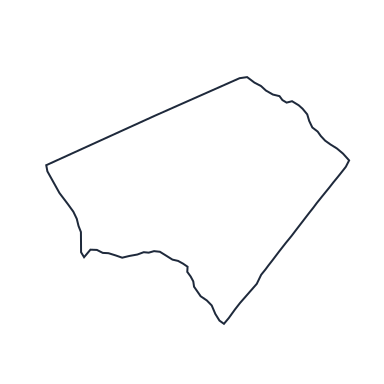 outline of Carrasco Bonito, Tocantins, Brazil, rotated 281°
{"feature_id": "56859067B48669193450299", "entity_name": "Carrasco Bonito", "entity_type": "district", "adm_level": 2, "iso_a3": "BRA", "parent_name": "Brazil", "parent_adm1": "Tocantins", "projection": "albers", "projection_center": [-48.022, -5.331], "detail": "fine", "context": "isolated", "style": "outline", "palette": "slate", "viewbox_px": 384, "rotation_deg": 281, "n_neighbors": 0, "source": "geoboundaries", "source_scale": "gbopen_adm2", "svg_char_len": 1188}
<svg xmlns="http://www.w3.org/2000/svg" viewBox="0 0 384 384"><g transform="rotate(281 192 192)"><path d="M253.0,340.2L258.5,332.9L262.4,325.9L265.1,318.8L267.8,312.9L271.5,307.8L275.3,303.8L278.3,297.8L284.1,293.5L290.2,290.3L294.8,284.7L297.5,280.2L300.2,272.9L297.8,267.8L299.5,263.2L302.8,259.6L303.1,252.8L305.7,245.2L309.2,239.5L311.3,232.4L315.3,224.2L312.8,217.0L259.3,140.3L190.5,43.8L184.7,46.1L165.7,62.1L156.2,72.7L150.0,79.3L143.7,84.0L137.0,87.1L131.5,90.6L120.2,92.9L111.7,94.6L107.4,98.5L116.0,103.3L117.0,109.7L115.2,116.0L116.0,121.7L115.2,129.0L114.2,136.0L117.3,142.8L120.2,150.3L123.7,156.1L124.2,161.1L126.7,166.0L127.2,171.9L124.5,179.0L121.9,185.7L121.7,191.5L120.0,196.8L117.8,201.9L112.7,202.6L108.8,206.8L104.5,210.3L99.4,212.1L95.7,215.9L91.3,220.4L88.4,227.2L84.4,233.0L76.7,238.2L71.0,243.5L68.7,248.5L75.2,252.1L84.9,256.6L92.2,260.3L114.2,273.1L124.0,275.7L130.0,278.9L134.4,281.0L140.3,284.0L150.5,289.0L159.9,293.8L167.7,298.0L175.4,301.8L182.4,305.3L189.8,309.0L194.0,311.1L199.8,314.1L205.0,316.6L212.6,320.6L218.2,323.6L222.5,325.9L228.4,328.9L234.3,332.1L240.8,335.5L246.1,338.2L253.0,340.2Z" fill="none" stroke="#1e293b" stroke-width="2"/></g></svg>